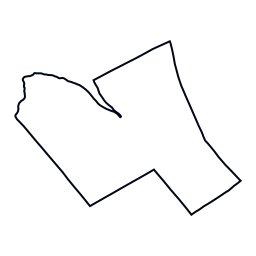 outline of Ungureni, Botosani, Romania
{"feature_id": "2599482B2994749554598", "entity_name": "Ungureni", "entity_type": "district", "adm_level": 2, "iso_a3": "ROU", "parent_name": "Romania", "parent_adm1": "Botosani", "projection": "natural_earth1", "projection_center": [26.795, 47.826], "detail": "fine", "context": "isolated", "style": "outline", "palette": "ink", "viewbox_px": 256, "rotation_deg": 0, "n_neighbors": 0, "source": "geoboundaries", "source_scale": "gbopen_adm2", "svg_char_len": 1970}
<svg xmlns="http://www.w3.org/2000/svg" viewBox="0 0 256 256"><path d="M204.7,139.5L204.0,138.0L201.8,132.3L198.5,125.4L195.5,118.4L192.3,111.1L189.2,104.0L185.3,95.2L183.6,91.1L181.4,86.1L179.0,79.1L178.1,76.2L176.9,71.6L174.8,63.8L173.6,56.8L173.3,55.4L172.2,50.0L170.7,43.8L169.8,41.3L153.0,48.9L139.0,56.6L111.4,70.7L93.6,80.2L94.1,81.8L95.1,83.8L96.5,86.1L97.6,87.8L98.7,91.2L99.4,93.4L102.5,97.8L104.4,100.7L106.6,103.2L109.6,105.7L112.0,107.5L112.8,108.7L114.0,110.2L116.0,111.9L117.8,113.1L119.1,114.1L120.4,115.6L120.9,116.3L120.6,117.1L120.1,117.1L119.6,116.4L117.1,113.7L114.0,111.7L111.8,111.1L106.2,108.8L102.9,107.0L100.0,105.2L98.4,103.9L95.9,100.8L93.8,98.7L91.4,95.6L89.6,93.4L87.9,91.5L85.2,89.1L82.4,87.0L79.8,85.3L75.2,83.4L72.8,82.6L71.7,82.1L69.9,81.6L68.1,81.2L66.4,79.9L63.9,78.3L62.8,78.0L61.0,78.1L59.7,78.3L58.5,78.0L57.5,77.2L56.2,76.7L55.0,76.4L53.9,75.8L52.0,75.2L48.6,75.0L47.5,74.8L46.2,74.5L44.1,74.4L41.5,73.4L39.2,73.3L36.8,73.3L35.6,73.2L34.6,73.1L34.1,73.4L33.6,74.1L33.1,74.7L31.7,75.4L29.9,76.1L28.1,76.2L26.4,76.5L24.5,76.9L23.9,77.5L23.4,78.0L22.8,79.2L22.9,80.3L23.2,80.9L23.6,81.6L24.0,82.6L24.3,83.5L24.0,84.9L24.0,87.0L24.6,87.7L24.5,89.8L24.2,91.2L24.7,93.1L24.7,94.3L25.0,96.1L24.8,97.4L24.4,98.5L22.8,100.0L20.9,101.2L19.5,102.7L18.9,103.8L18.3,105.8L18.2,107.8L18.5,108.8L17.9,111.6L17.5,112.4L16.7,113.6L15.6,114.8L15.4,116.5L17.0,119.3L19.8,122.1L23.8,126.3L35.8,140.7L42.7,148.7L53.5,161.5L62.9,172.5L67.9,179.2L73.9,186.5L81.4,195.4L87.5,203.0L90.0,206.1L96.4,202.4L106.4,196.7L112.5,193.3L114.7,192.0L118.7,189.7L123.6,186.9L132.6,181.8L142.0,176.5L148.3,172.9L153.9,169.6L158.1,174.6L162.9,180.2L171.2,190.3L178.5,198.7L186.4,208.3L191.4,214.7L195.9,211.6L199.1,209.7L204.0,206.2L208.6,203.5L218.1,197.4L220.2,196.0L226.1,192.0L228.7,190.5L234.2,185.7L237.3,183.5L240.6,180.8L231.0,170.6L225.5,165.0L218.5,156.9L213.9,150.7L207.9,143.5L205.1,140.5L204.7,139.5Z" fill="none" stroke="#020617" stroke-width="2"/></svg>